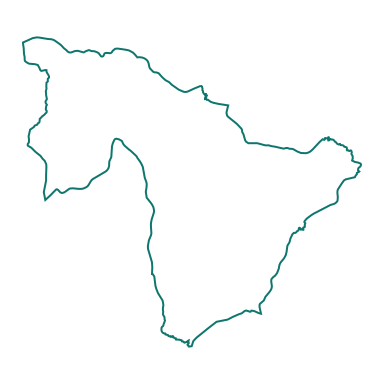 outline of Nong Sung, Mukdahan, Thailand
{"feature_id": "78962969B14563868158116", "entity_name": "Nong Sung", "entity_type": "district", "adm_level": 2, "iso_a3": "THA", "parent_name": "Thailand", "parent_adm1": "Mukdahan", "projection": "albers", "projection_center": [104.359, 16.434], "detail": "fine", "context": "isolated", "style": "outline", "palette": "teal", "viewbox_px": 384, "rotation_deg": 0, "n_neighbors": 0, "source": "geoboundaries", "source_scale": "gbopen_adm2", "svg_char_len": 5881}
<svg xmlns="http://www.w3.org/2000/svg" viewBox="0 0 384 384"><path d="M23.0,42.5L23.1,44.2L23.7,48.2L24.0,53.9L24.6,56.9L24.7,60.1L25.2,61.3L27.5,62.9L29.2,63.7L35.0,64.2L37.8,65.0L39.4,67.9L40.3,70.1L41.1,70.8L41.4,70.9L45.7,70.0L46.5,70.2L46.5,71.8L48.7,75.6L49.0,76.4L49.0,77.6L47.8,78.8L47.8,81.5L46.5,82.6L46.3,86.3L46.5,88.6L45.8,91.4L46.1,93.6L46.1,95.1L46.9,99.1L45.7,101.1L45.5,102.0L45.7,102.9L46.9,104.9L46.3,105.7L45.8,108.7L46.0,109.9L46.7,110.9L46.7,112.0L46.3,112.8L45.5,113.4L44.4,114.7L42.0,116.5L41.4,117.3L39.8,118.8L39.5,121.9L39.1,122.6L37.7,123.5L37.2,124.7L34.7,125.6L33.9,127.0L30.1,129.7L28.6,136.3L29.0,139.6L28.9,142.4L27.8,143.9L27.7,144.7L27.8,145.5L28.0,145.8L31.3,147.7L35.4,151.8L40.5,155.9L42.5,158.6L44.8,161.0L46.2,164.1L46.4,166.8L46.1,175.1L46.1,180.5L43.8,192.2L45.3,200.0L50.4,195.3L55.4,190.2L56.3,189.4L56.9,189.3L58.1,189.9L60.1,192.2L61.7,193.0L63.0,192.8L64.6,192.2L69.3,188.8L70.1,188.5L73.1,188.3L78.6,188.9L80.9,188.9L82.8,188.7L84.1,188.2L85.7,187.5L87.4,186.4L88.5,185.1L90.8,181.2L91.9,179.8L93.1,178.9L105.5,171.6L106.9,170.5L108.4,168.4L109.1,166.0L109.3,161.5L111.3,157.0L112.0,146.3L112.8,143.3L114.1,140.4L114.6,139.6L115.2,139.0L116.2,138.7L118.9,139.3L121.8,140.9L123.4,144.2L124.6,145.7L129.3,149.8L130.6,150.7L136.3,156.0L137.6,158.2L140.2,161.8L141.8,164.7L142.8,167.0L144.8,177.9L146.1,181.3L146.6,183.2L146.7,185.0L146.5,187.6L145.8,191.8L146.7,197.7L151.1,203.2L152.2,204.9L153.3,207.0L153.8,209.0L154.1,211.5L153.5,213.8L151.7,219.3L151.0,223.0L150.9,225.8L151.4,233.4L150.9,235.5L148.9,240.3L147.9,246.0L148.0,248.8L152.0,262.4L152.3,267.3L152.0,274.1L152.9,274.3L154.3,276.6L155.5,286.1L156.5,289.4L158.0,293.1L162.5,300.4L163.0,302.5L163.4,305.3L163.2,306.0L162.9,308.4L162.9,310.3L163.2,311.5L163.0,314.2L163.5,315.7L164.2,316.5L164.5,317.4L164.6,319.4L165.0,320.6L163.5,324.5L163.3,325.6L162.9,326.2L161.9,327.0L161.6,327.6L161.4,329.3L161.6,331.0L162.4,332.4L163.5,333.2L165.1,333.5L165.4,334.4L165.9,334.6L166.6,334.5L167.0,334.9L168.2,335.2L168.5,336.0L168.9,335.9L169.4,336.3L170.3,336.5L170.6,336.3L170.8,336.8L171.4,336.7L172.2,337.0L172.4,336.3L172.8,336.1L173.4,336.7L173.4,337.2L174.2,337.9L174.6,338.1L175.7,338.3L175.7,338.9L175.9,339.5L176.5,339.6L176.9,339.4L178.0,339.7L179.7,339.7L180.2,340.1L181.5,340.2L182.0,341.4L183.0,341.4L184.1,342.4L184.4,342.3L184.6,342.6L186.1,342.2L186.5,341.8L187.3,342.1L187.8,341.8L187.7,341.3L188.0,340.8L188.6,340.5L188.3,342.0L188.8,342.8L188.7,343.2L188.3,343.9L187.7,344.3L187.5,344.8L188.2,345.8L188.7,346.0L189.0,346.6L191.7,346.2L193.2,341.4L193.8,340.5L196.6,337.6L207.5,328.8L216.5,321.8L227.6,319.6L232.8,316.9L239.0,314.2L241.8,313.3L244.5,311.1L245.4,310.7L246.6,310.6L250.1,311.8L250.7,311.6L251.3,310.7L252.0,310.6L254.6,311.2L258.7,313.1L261.0,313.7L259.5,306.9L259.6,304.6L260.0,303.8L263.8,300.5L265.5,296.7L269.6,291.8L271.1,289.5L271.6,288.1L271.9,286.3L271.2,281.2L271.4,279.2L273.1,277.2L275.2,275.6L277.0,273.2L278.7,268.9L279.5,264.8L280.2,263.3L280.8,262.2L283.9,258.5L285.7,255.3L286.6,251.7L287.4,245.7L289.5,242.3L290.3,238.9L292.3,234.4L293.8,232.9L295.4,232.9L296.5,232.0L296.8,231.4L298.2,230.6L298.9,229.2L299.0,228.8L298.8,228.3L299.2,227.8L299.6,227.8L300.5,228.4L300.7,229.6L301.4,229.6L302.2,229.1L302.9,229.8L303.3,229.8L303.4,228.8L303.2,227.8L303.7,227.3L304.6,227.1L304.9,226.4L304.7,225.1L305.3,223.2L304.4,222.3L304.5,221.3L306.1,219.3L307.4,218.1L311.4,215.1L314.0,213.5L330.4,205.0L334.3,203.8L335.6,203.0L337.3,201.3L337.6,200.0L337.8,196.9L337.4,193.0L337.5,190.8L337.8,189.8L338.3,188.8L341.7,183.6L343.9,180.5L345.6,179.4L354.9,177.2L355.7,175.5L356.8,174.4L356.9,172.9L358.9,171.9L359.3,171.5L358.1,170.6L358.1,169.0L358.6,167.9L360.2,166.6L360.6,166.0L361.0,164.8L360.9,164.1L360.4,163.5L358.2,162.6L354.8,161.9L352.1,160.5L352.8,158.2L352.6,156.9L352.7,156.2L351.4,153.9L351.8,152.2L351.2,150.6L350.6,150.4L349.3,151.0L348.9,150.9L348.2,150.3L347.1,150.4L346.8,149.9L346.9,148.1L346.6,147.4L345.6,147.0L344.4,146.8L343.6,145.7L342.8,145.3L340.5,145.0L340.0,144.0L339.6,144.0L338.8,144.5L337.3,143.9L335.7,142.0L334.8,141.6L334.2,140.5L332.8,139.5L331.1,139.5L330.6,139.0L330.1,139.0L329.1,140.3L328.3,140.4L328.1,139.7L328.9,137.8L328.9,137.4L328.5,137.2L328.1,137.4L327.8,138.1L327.3,138.3L326.6,138.4L325.6,138.0L325.1,138.1L325.0,139.0L324.5,139.8L323.7,139.7L323.0,139.2L322.7,139.2L319.6,142.0L312.8,149.3L310.3,151.5L308.5,152.5L306.1,153.2L301.0,153.0L297.3,151.5L293.3,149.2L292.2,148.9L289.3,148.7L287.6,148.0L286.1,148.0L284.0,148.6L282.9,148.5L275.1,146.7L271.3,146.1L268.6,145.3L266.1,145.4L264.7,145.2L257.3,143.2L248.4,143.2L246.2,141.8L245.2,140.4L243.4,134.1L242.2,132.0L242.0,129.9L241.5,128.8L236.9,123.9L228.1,116.8L227.1,115.6L226.5,113.0L226.6,111.9L228.2,105.4L218.4,103.9L213.5,102.8L210.6,101.8L208.0,99.8L206.9,99.9L206.2,99.1L205.0,99.1L205.0,98.8L206.2,97.8L206.0,97.5L205.3,97.4L205.8,96.4L205.3,95.5L205.7,95.4L206.7,95.8L206.9,95.4L206.6,95.1L205.7,95.0L205.8,94.0L204.5,94.1L204.0,93.9L203.1,92.4L203.0,91.1L202.4,90.3L202.5,88.4L202.2,87.8L202.0,86.6L201.5,86.1L199.9,86.2L194.1,88.6L187.6,91.6L185.6,92.0L183.7,91.8L178.8,89.7L171.7,84.7L169.2,82.2L165.5,80.2L162.3,77.3L158.6,73.2L156.6,72.5L154.4,72.3L153.1,71.7L149.9,68.3L149.4,67.2L148.6,63.4L148.1,62.0L147.7,61.2L146.5,59.8L144.5,58.4L143.0,57.8L141.5,57.4L139.0,57.2L137.3,57.4L135.2,54.8L133.0,52.6L128.9,50.4L125.0,49.6L118.0,48.6L115.6,48.7L114.9,49.0L112.7,50.8L111.7,52.4L110.9,53.0L110.2,53.2L106.7,52.9L105.2,53.1L104.5,53.5L103.5,55.8L103.1,56.2L102.3,56.5L101.7,56.5L101.0,56.3L100.7,55.9L98.8,53.3L97.8,52.6L94.9,51.4L93.2,51.1L91.6,51.1L89.2,50.2L88.5,50.2L85.6,51.3L84.2,52.2L83.5,52.4L77.8,50.8L75.1,51.0L71.0,52.5L69.1,52.4L67.7,51.6L66.4,50.2L63.9,48.2L61.0,45.1L59.2,43.7L54.5,40.4L53.0,39.7L51.1,39.2L48.0,39.0L38.8,37.5L36.7,37.4L32.8,38.1L23.0,42.5Z" fill="none" stroke="#0f766e" stroke-width="2"/></svg>